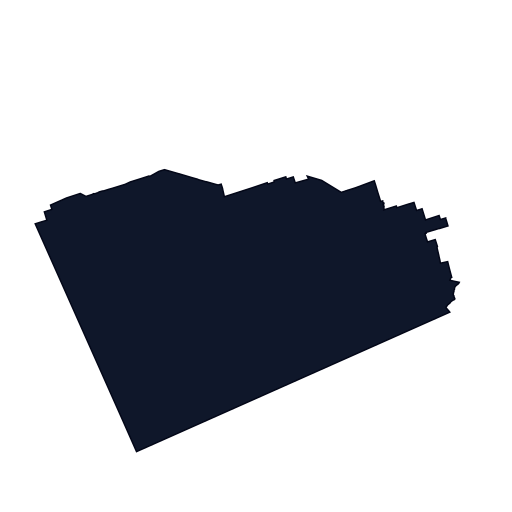 Bulloo, Queensland, Australia, rotated 336°
{"feature_id": "25037944B79296808644120", "entity_name": "Bulloo", "entity_type": "district", "adm_level": 2, "iso_a3": "AUS", "parent_name": "Australia", "parent_adm1": "Queensland", "projection": "mercator", "projection_center": [143.553, -27.831], "detail": "fine", "context": "isolated", "style": "filled", "palette": "ink", "viewbox_px": 512, "rotation_deg": 336, "n_neighbors": 0, "source": "geoboundaries", "source_scale": "gbopen_adm2", "svg_char_len": 4489}
<svg xmlns="http://www.w3.org/2000/svg" viewBox="0 0 512 512"><g transform="rotate(336 256 256)"><path d="M410.2,386.1L410.0,385.3L409.0,382.0L408.5,380.4L409.2,379.8L409.4,379.6L410.0,379.4L410.1,379.2L410.4,379.1L410.7,378.9L411.2,378.6L411.3,378.6L411.6,378.4L412.1,378.4L412.6,378.3L413.1,378.0L413.4,377.9L413.6,377.9L413.9,377.9L414.1,377.8L414.5,377.6L414.7,377.4L415.1,377.2L415.3,377.1L415.5,377.0L415.8,376.9L416.0,376.9L416.3,376.8L416.7,376.6L416.9,376.7L417.3,376.5L417.7,376.5L417.9,376.5L418.5,376.5L418.9,376.5L419.4,376.5L419.6,376.4L419.9,376.2L420.2,376.1L420.3,375.8L420.3,374.6L420.2,374.4L420.2,374.2L420.3,373.8L420.4,373.6L420.5,373.3L420.6,372.9L420.6,372.7L420.5,372.4L420.4,372.0L420.6,371.4L420.6,371.0L420.7,370.8L421.0,370.5L421.1,370.4L421.4,370.2L421.5,370.0L421.5,369.9L421.5,369.7L421.9,369.3L422.1,369.2L422.3,369.1L422.3,368.7L422.5,368.4L422.6,368.2L422.8,367.9L423.1,367.7L423.4,367.5L423.6,367.4L423.7,367.1L423.8,366.9L424.0,366.7L424.2,366.3L424.3,366.1L424.5,365.8L424.8,365.6L425.1,365.2L425.3,365.0L426.0,364.7L426.4,364.5L427.0,364.4L427.3,364.2L428.6,364.0L429.0,363.9L429.4,363.7L430.2,363.4L430.5,363.1L431.0,362.7L427.5,360.2L423.2,357.0L425.3,355.0L426.1,355.1L427.6,345.8L428.8,339.1L421.6,337.6L421.9,336.1L422.3,334.5L422.6,332.9L422.9,331.3L423.1,330.3L423.2,330.1L424.8,321.7L425.4,321.4L425.6,321.2L426.4,313.9L418.4,312.9L418.6,311.2L418.8,309.0L419.4,304.3L420.7,304.4L420.8,303.6L434.4,305.3L434.6,305.5L443.6,306.6L444.2,302.0L444.6,298.6L444.7,298.4L439.3,297.7L439.7,293.5L434.0,292.9L425.5,292.0L426.0,288.0L426.9,280.4L424.8,280.2L421.2,279.7L421.6,275.8L422.1,271.5L422.1,271.3L419.6,271.0L417.1,270.7L416.9,270.6L416.7,270.6L416.4,270.6L415.0,270.4L405.9,269.4L404.3,269.2L404.5,267.4L391.7,265.9L391.8,265.8L391.9,265.5L392.1,265.4L392.2,265.2L392.1,264.7L392.2,264.3L392.3,264.0L392.5,263.5L392.5,263.4L392.8,263.4L392.9,263.2L393.0,263.0L393.1,262.9L393.1,262.7L392.9,262.6L393.0,262.4L393.1,262.1L393.1,261.9L393.1,261.7L393.3,261.5L393.2,261.3L393.0,260.9L393.2,260.7L393.4,260.3L393.7,260.3L393.8,260.2L394.1,260.2L394.0,259.7L394.2,259.4L393.7,259.2L393.8,258.6L393.8,258.3L393.9,258.1L393.8,257.8L394.0,257.4L394.1,257.2L392.0,256.8L392.5,252.8L393.1,247.6L394.1,240.0L394.6,235.4L391.4,235.2L381.6,234.6L379.4,234.5L377.0,234.3L375.1,234.2L372.2,233.9L368.8,233.5L367.1,233.3L366.5,233.2L366.4,233.3L366.0,233.2L365.7,233.2L365.4,233.2L365.2,233.1L364.6,233.0L364.0,233.0L362.8,232.9L362.0,232.8L361.2,232.7L359.8,232.6L353.8,223.9L346.7,213.6L335.3,203.9L335.4,207.2L321.6,205.2L322.2,198.9L315.1,198.1L315.4,195.8L303.2,194.4L302.6,195.8L296.0,195.1L296.1,193.6L280.0,192.1L251.2,189.0L252.5,182.4L252.9,180.7L253.1,179.1L253.3,176.7L253.4,176.2L250.2,175.7L249.3,174.9L249.2,174.9L241.9,168.8L241.9,169.0L234.3,162.7L234.0,162.2L229.3,158.3L223.0,152.9L208.0,140.3L207.5,139.9L204.4,139.5L201.9,139.2L201.5,139.2L194.9,139.8L191.5,140.1L190.8,139.4L183.4,138.6L181.6,138.4L171.2,137.2L165.6,137.3L152.2,135.7L148.8,135.2L146.2,134.9L143.5,134.6L141.9,134.1L138.9,133.7L137.3,133.8L137.0,134.0L136.7,134.0L136.1,133.7L135.8,133.7L135.6,133.8L134.6,133.6L133.7,133.4L132.7,132.9L131.9,133.2L124.9,132.4L120.9,127.4L106.4,125.9L92.5,125.9L89.0,125.9L88.5,130.4L80.6,129.6L79.5,138.3L73.5,137.5L67.4,136.8L67.4,153.1L67.4,153.6L67.4,174.5L67.4,184.2L67.4,194.7L67.4,200.3L67.4,220.3L67.4,230.6L67.4,235.5L67.4,235.8L67.4,260.2L67.4,265.0L67.4,274.8L67.4,281.2L67.4,281.9L67.4,284.2L67.4,291.0L67.4,304.3L67.4,314.7L67.4,322.5L67.4,325.6L67.4,329.7L67.4,334.4L67.4,351.4L67.3,386.1L69.0,386.1L71.8,386.1L78.3,386.1L87.1,386.1L88.4,386.1L97.0,386.1L104.3,386.1L112.0,386.1L116.7,386.1L120.3,386.1L125.6,386.1L126.5,386.1L130.4,386.1L136.4,386.1L146.2,386.1L156.1,386.1L157.5,386.1L158.2,386.1L161.3,386.1L162.9,386.1L164.5,386.1L165.9,386.1L167.8,386.1L175.9,386.1L177.5,386.1L179.2,386.1L182.4,386.1L184.8,386.1L189.4,386.1L192.0,386.1L195.5,386.1L205.3,386.1L215.2,386.1L225.0,386.1L225.3,386.1L234.9,386.1L235.6,386.1L244.7,386.1L254.6,386.1L255.6,386.1L264.5,386.1L281.8,386.1L286.7,386.1L293.1,386.1L294.7,386.1L299.5,386.1L303.8,386.1L308.9,386.1L313.7,386.1L323.5,386.1L323.9,386.1L332.1,386.1L338.3,386.1L341.9,386.1L348.2,386.1L357.8,386.1L362.9,386.1L365.9,386.1L367.9,386.1L371.1,386.1L372.7,386.1L374.4,386.1L379.3,386.1L382.2,386.1L382.5,386.1L387.5,386.1L395.6,386.1L398.4,386.1L401.6,386.1L403.1,386.1L403.8,386.1L406.7,386.1L410.2,386.1Z" fill="#0f172a" stroke="#020617" stroke-width="1.5"/></g></svg>